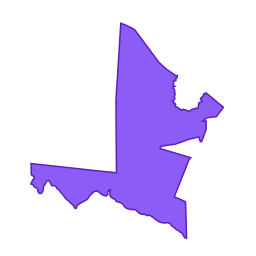 Pedro II, Piauí, Brazil, rotated 96°
{"feature_id": "56859067B62049528503513", "entity_name": "Pedro II", "entity_type": "district", "adm_level": 2, "iso_a3": "BRA", "parent_name": "Brazil", "parent_adm1": "Piauí", "projection": "mercator", "projection_center": [-41.343, -4.536], "detail": "fine", "context": "isolated", "style": "filled", "palette": "violet", "viewbox_px": 256, "rotation_deg": 96, "n_neighbors": 0, "source": "geoboundaries", "source_scale": "gbopen_adm2", "svg_char_len": 2829}
<svg xmlns="http://www.w3.org/2000/svg" viewBox="0 0 256 256"><g transform="rotate(96 128 128)"><path d="M193.8,218.8L194.2,217.2L195.0,216.0L196.6,214.8L197.2,212.5L198.1,211.7L200.4,211.0L201.7,210.2L202.3,209.2L202.2,207.7L200.7,206.4L199.3,206.1L197.9,205.8L196.1,206.0L193.7,205.4L192.3,204.4L191.1,204.1L189.1,203.0L188.4,201.7L189.7,200.3L190.5,199.4L192.1,198.7L193.5,197.6L192.9,195.8L193.7,193.7L194.7,192.8L195.8,192.1L196.4,191.3L197.1,189.5L198.2,188.9L199.0,188.4L200.1,186.8L204.1,183.2L206.0,180.8L207.1,178.9L207.9,178.0L208.9,177.2L209.6,175.7L211.1,173.7L212.8,173.0L213.6,171.8L212.9,170.9L211.8,171.0L209.7,169.9L209.2,168.9L208.1,168.0L206.5,165.5L205.2,164.0L204.0,162.0L202.5,160.6L199.2,158.9L197.2,157.2L196.5,156.3L195.0,155.6L193.9,152.6L194.6,150.5L196.1,148.5L197.3,145.9L197.8,144.0L197.8,142.6L196.3,141.2L193.5,141.3L192.7,140.6L191.6,140.4L191.2,139.1L192.9,139.3L194.4,139.1L196.2,139.0L197.8,138.5L199.6,135.9L200.1,134.1L200.9,132.9L202.3,132.0L202.6,130.3L202.9,128.4L203.9,125.3L205.6,124.1L206.3,123.3L207.2,122.6L208.0,121.3L208.5,118.7L208.8,116.0L208.5,112.7L208.9,111.5L210.0,110.2L211.3,108.3L212.4,105.7L212.3,104.2L212.1,102.6L212.5,101.6L213.1,99.7L212.7,98.3L212.5,97.0L213.1,96.1L214.5,93.4L216.5,90.4L216.9,89.2L217.8,87.9L218.3,86.4L218.4,85.3L218.7,83.9L218.5,80.3L217.9,79.1L218.6,76.1L220.7,74.5L221.2,73.2L221.8,72.2L222.6,71.1L223.1,70.3L224.1,69.3L224.3,67.5L226.0,65.8L226.2,64.1L227.0,63.3L229.3,61.6L231.4,59.8L231.5,58.2L202.0,62.1L195.3,63.1L191.5,74.8L166.7,67.8L165.3,67.4L153.1,64.0L151.0,62.5L145.1,94.0L143.1,93.7L142.4,92.2L139.1,79.1L132.6,65.7L129.6,56.7L134.1,54.6L133.7,53.3L129.0,52.1L127.3,51.7L121.1,50.1L112.9,51.0L113.3,54.3L109.7,50.9L108.0,44.0L107.4,41.2L97.4,35.3L93.6,41.0L91.3,44.5L90.2,46.0L85.3,53.5L85.0,54.6L86.1,54.8L86.1,56.1L87.4,56.7L88.3,56.5L89.2,57.2L90.0,58.1L90.8,58.8L92.1,58.9L92.7,57.8L93.8,57.1L95.6,60.2L101.0,60.4L101.2,61.8L101.3,63.0L102.3,64.3L102.5,66.1L103.2,67.0L104.4,67.8L105.1,68.9L104.6,70.1L104.7,71.1L103.9,72.9L104.1,73.8L103.6,74.7L104.2,75.7L105.0,76.7L104.0,77.3L103.7,78.7L103.0,79.8L102.4,80.6L102.0,82.0L101.4,83.4L99.6,83.0L98.7,84.0L98.6,85.2L96.7,85.4L96.3,86.4L94.6,84.7L93.6,84.5L91.2,85.3L89.6,84.4L88.3,85.7L87.1,85.1L85.8,85.7L84.5,86.0L83.5,87.6L82.4,87.2L81.8,85.7L80.9,87.3L78.9,87.4L77.5,87.5L76.4,87.8L76.0,85.4L75.0,85.3L74.1,86.1L73.3,85.4L73.0,84.4L71.6,84.6L70.6,84.4L71.0,85.8L66.4,94.3L65.8,95.5L59.6,104.0L44.6,117.8L29.4,131.8L28.8,133.3L26.4,139.5L24.5,146.1L29.6,145.9L77.0,143.9L101.6,142.9L107.5,142.2L110.2,141.9L127.6,140.0L158.5,136.5L173.7,134.8L173.8,159.1L173.5,220.7L183.0,219.5L184.0,219.4L185.0,218.9L185.5,217.5L186.4,216.2L187.7,215.9L188.6,216.5L189.4,217.2L190.4,217.7L191.5,217.9L192.9,218.4L193.8,218.8Z" fill="#8b5cf6" stroke="#5b21b6" stroke-width="1.5"/></g></svg>